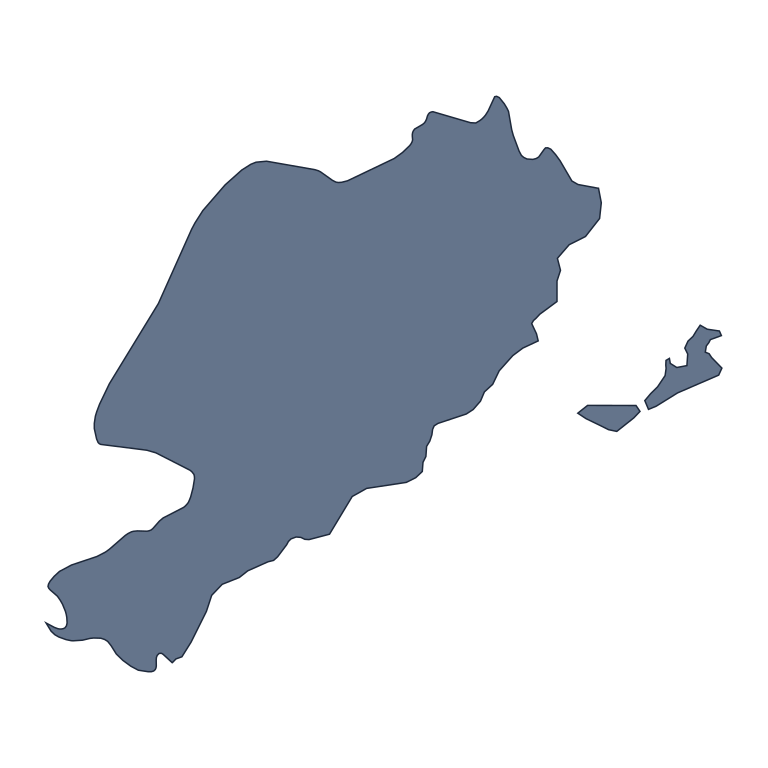 an SVG outline of Sfax
{"feature_id": "TUN-114", "entity_name": "Sfax", "entity_type": "Governorate", "adm_level": 1, "iso_a3": "TUN", "parent_name": "Tunisia", "parent_adm1": "", "projection": "albers", "projection_center": [10.434, 34.714], "detail": "fine", "context": "isolated", "style": "filled", "palette": "slate", "viewbox_px": 768, "rotation_deg": 0, "n_neighbors": 0, "source": "natural_earth", "source_scale": "10m", "svg_char_len": 3233}
<svg xmlns="http://www.w3.org/2000/svg" viewBox="0 0 768 768"><path d="M598.5,188.2L601.3,202.8L599.6,218.5L585.5,236.5L569.2,244.7L557.4,258.3L560.5,270.3L557.0,281.0L557.0,301.5L539.8,314.2L536.1,318.2L533.5,320.5L531.7,323.6L536.5,333.8L538.2,340.9L522.8,348.1L512.8,355.6L499.2,370.8L492.7,384.3L484.4,391.9L480.5,401.1L473.2,409.5L466.3,414.0L438.0,423.4L434.2,425.8L432.6,429.4L431.9,434.8L429.8,441.1L426.6,446.4L425.9,456.5L423.0,462.3L422.3,471.5L415.7,477.7L406.3,482.4L366.6,488.4L352.2,496.5L329.5,534.2L309.0,539.6L304.8,539.3L300.9,537.4L296.1,537.0L291.0,538.9L288.4,541.5L286.7,544.7L277.6,556.8L273.6,560.4L268.0,561.8L247.8,570.8L239.3,577.5L222.2,584.3L211.7,595.3L206.4,611.4L191.1,642.1L181.9,656.8L176.0,658.9L172.3,662.7L172.2,662.7L163.2,654.4L161.7,653.4L160.6,653.3L159.0,653.5L157.2,655.4L156.4,657.5L156.2,659.9L156.3,666.0L156.0,667.9L155.3,669.5L153.7,671.0L151.4,671.7L148.0,671.7L138.3,670.2L130.8,666.2L122.9,660.4L116.3,654.0L111.1,645.7L107.7,641.4L104.7,639.5L100.8,638.2L93.7,638.0L90.0,638.4L82.5,640.2L73.1,640.8L71.2,640.7L66.0,639.6L58.8,637.0L54.8,634.7L51.1,631.2L46.1,623.0L54.4,627.4L57.9,628.7L59.6,629.0L61.3,629.0L63.1,628.7L64.9,627.9L66.4,625.9L67.1,623.0L66.8,617.5L66.2,614.2L65.4,611.3L62.5,604.2L60.2,600.2L57.4,596.2L50.3,590.0L48.8,588.3L48.0,586.5L48.5,584.1L50.1,581.2L54.2,576.3L59.5,571.4L71.5,565.0L96.9,556.5L105.4,552.1L109.3,549.3L125.3,535.4L128.1,533.5L131.5,531.8L133.4,531.3L137.4,530.9L147.0,531.2L149.0,530.8L151.1,530.0L152.9,528.5L159.4,521.1L163.2,517.9L183.6,507.4L185.3,506.0L186.9,504.3L188.3,502.5L189.4,500.1L190.7,496.8L193.0,488.0L194.5,478.8L194.4,476.6L194.0,474.5L191.9,471.8L190.1,470.3L155.8,452.8L146.7,450.2L100.7,444.4L99.3,443.7L98.1,442.5L97.4,440.8L96.6,439.0L94.3,428.6L94.3,423.3L95.4,416.1L96.7,411.8L99.6,404.1L109.4,383.7L158.4,303.5L191.6,229.3L195.0,222.9L202.9,210.5L225.1,184.9L241.8,170.0L250.8,164.3L256.0,162.2L266.5,161.2L315.0,169.7L318.5,170.8L320.6,171.9L332.4,180.3L335.9,182.1L338.3,182.5L341.6,182.3L347.5,180.8L394.2,158.5L402.5,152.5L409.7,145.6L411.1,143.7L412.0,142.0L412.4,140.8L412.6,139.7L412.3,136.2L412.3,134.3L412.7,132.3L413.5,130.6L414.7,129.0L422.6,124.4L424.5,122.8L425.6,121.1L426.5,119.2L427.5,115.8L428.4,114.1L429.5,112.8L431.2,112.0L432.9,111.7L470.5,122.7L475.8,123.0L480.0,120.5L482.0,118.9L483.9,117.0L485.5,115.1L488.1,111.0L494.7,96.7L496.6,96.3L499.3,97.6L504.3,103.8L507.0,108.3L508.5,111.4L511.7,129.7L513.3,135.5L519.1,151.1L521.4,155.4L523.7,157.4L527.0,159.0L532.9,159.4L536.2,158.5L538.7,157.0L544.0,149.6L545.5,147.9L547.8,147.8L550.8,149.2L555.6,154.6L560.1,160.8L571.9,181.0L578.0,184.5L597.9,188.2L598.5,188.2ZM705.3,352.2L709.1,353.7L711.6,357.5L721.9,368.1L718.7,375.1L677.6,392.9L656.2,406.2L648.5,409.4L644.8,400.6L650.7,393.6L657.6,386.8L665.1,375.6L666.1,368.4L665.8,365.2L666.0,360.4L669.4,358.4L670.3,363.4L676.8,367.5L686.9,365.6L687.7,354.0L684.8,348.1L688.0,341.1L693.0,336.4L696.4,330.8L700.2,325.2L707.2,329.2L719.4,331.0L721.4,335.6L710.4,339.6L708.8,342.7L706.3,346.0L705.3,352.2ZM577.8,413.2L581.9,409.9L587.6,405.4L636.0,405.5L640.0,411.4L633.8,417.9L616.8,431.4L608.6,429.7L600.2,425.5L586.1,418.7L577.8,413.2Z" fill="#64748b" stroke="#1e293b" stroke-width="1.5"/></svg>